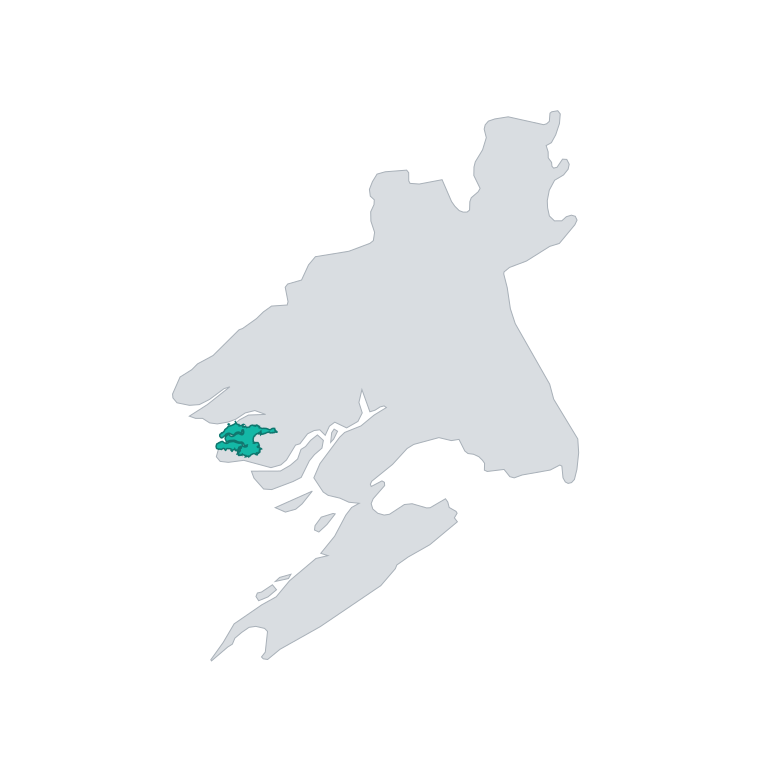 location of Barguna, Barisal, Bangladesh, rotated 62°
{"feature_id": "16705992B13795829103768", "entity_name": "Barguna", "entity_type": "district", "adm_level": 2, "iso_a3": "BGD", "parent_name": "Bangladesh", "parent_adm1": "Barisal", "projection": "natural_earth1", "projection_center": [90.164, 22.173], "detail": "fine", "context": "in_parent", "style": "filled", "palette": "teal", "viewbox_px": 768, "rotation_deg": 62, "n_neighbors": 0, "source": "geoboundaries", "source_scale": "gbopen_adm2", "svg_char_len": 9540}
<svg xmlns="http://www.w3.org/2000/svg" viewBox="0 0 768 768"><g transform="rotate(62 384 384)"><path d="M278.7,539.2L278.6,521.5L268.1,486.6L268.6,482.8L266.4,465.9L263.7,456.6L262.4,446.7L268.8,432.4L266.3,430.1L252.2,425.8L250.5,422.1L253.5,408.0L243.4,394.7L239.4,384.8L250.3,352.7L253.2,330.4L252.4,326.1L245.7,321.1L234.0,319.1L225.7,314.9L220.9,308.6L216.8,306.1L211.7,307.9L205.3,305.5L199.9,299.2L195.4,291.6L197.2,283.3L205.8,263.6L209.0,263.0L216.3,266.8L219.1,266.8L224.0,259.0L230.9,236.8L254.6,238.7L260.3,238.0L266.2,236.2L269.4,233.4L271.2,229.9L270.6,226.8L263.3,222.6L260.5,219.5L258.5,210.6L256.4,207.3L242.1,206.8L234.7,202.7L230.7,199.1L223.5,187.0L214.5,178.0L206.0,175.9L202.7,173.0L200.9,168.4L202.0,161.7L206.4,148.9L230.0,121.3L230.6,118.2L229.7,114.7L222.8,110.3L222.4,108.1L224.3,102.3L228.3,101.6L236.4,106.8L244.6,115.4L249.5,122.9L249.6,128.9L256.1,130.1L261.4,132.8L267.0,132.0L270.6,133.5L273.0,132.9L273.9,129.5L269.3,120.8L271.5,117.2L276.9,117.3L280.8,120.6L283.7,127.3L284.2,137.7L290.5,147.1L298.8,153.8L305.4,156.9L313.3,159.1L320.0,156.9L323.4,150.4L321.9,144.5L322.9,139.3L325.7,136.4L329.9,136.6L333.0,140.7L342.2,163.2L340.3,173.1L342.3,200.5L340.0,218.5L341.4,225.4L343.0,226.6L356.9,230.0L376.9,237.1L392.3,239.8L461.9,237.8L477.1,241.3L523.5,238.7L536.1,244.4L549.9,253.7L557.7,260.7L559.1,264.7L558.2,268.1L555.6,269.9L550.9,270.0L540.0,265.5L538.1,266.8L538.0,277.6L529.2,304.7L528.0,313.1L524.9,316.4L515.8,318.1L509.7,333.9L507.2,335.8L501.2,332.4L497.4,332.9L492.7,334.4L488.0,338.0L484.8,342.5L481.1,344.1L468.1,343.8L465.6,351.1L457.1,360.7L451.3,386.1L451.8,393.9L459.0,414.2L464.1,440.5L466.1,443.1L468.5,443.4L468.6,431.3L471.0,429.8L474.0,431.1L480.2,447.4L483.6,451.5L489.1,452.6L495.2,450.2L499.8,445.4L501.6,440.3L500.0,422.6L502.9,415.4L513.4,404.6L514.9,401.4L514.2,383.6L518.2,383.1L523.6,384.4L530.3,380.2L532.4,380.1L535.2,384.7L540.1,383.9L547.4,419.0L548.1,443.8L549.8,457.6L552.4,460.7L560.5,481.4L568.3,554.2L569.4,600.3L572.6,616.1L570.0,619.6L567.5,620.3L565.0,614.7L547.8,603.0L543.7,604.2L537.8,611.0L535.5,617.4L536.5,626.2L538.4,635.0L542.5,640.0L542.9,645.5L547.5,666.3L546.2,666.4L536.8,647.5L525.4,628.9L521.6,595.6L521.3,579.1L513.4,559.8L506.1,526.0L509.2,514.1L503.8,519.3L495.2,499.0L481.8,479.2L477.8,470.5L477.7,461.9L471.9,470.5L464.1,476.5L456.1,485.6L450.8,488.4L433.9,490.0L424.2,477.9L410.2,448.2L408.3,441.5L410.2,424.0L406.8,407.4L405.9,392.9L403.4,394.2L402.4,398.2L402.9,404.3L401.9,409.5L378.5,406.1L388.5,414.8L399.3,416.8L404.8,424.6L405.2,437.6L394.6,445.4L395.6,452.0L401.7,460.0L394.3,462.2L392.3,467.4L392.1,474.9L397.3,486.3L396.4,490.8L405.3,505.8L407.0,513.0L404.8,523.1L385.6,543.6L380.1,558.2L375.4,565.0L369.5,566.2L362.3,559.3L362.2,552.2L363.7,546.6L373.6,533.0L368.2,534.9L352.7,546.1L349.7,537.0L347.8,528.5L347.8,518.2L355.3,502.8L346.8,510.5L344.4,520.1L345.5,531.4L344.4,539.5L341.0,549.9L336.5,556.2L329.2,560.3L325.9,566.5L321.0,571.0L319.3,549.9L314.1,521.4L313.0,527.5L315.7,545.2L315.5,556.7L311.5,565.8L303.4,575.6L297.2,576.9L293.6,575.4L282.1,560.8L281.1,546.9L278.7,539.2ZM420.2,539.6L406.0,543.0L398.7,542.0L412.2,516.4L411.8,504.9L409.7,495.5L402.8,488.0L402.4,482.6L399.3,475.3L397.7,466.7L405.3,464.0L411.5,468.9L413.7,478.6L416.8,486.0L427.6,501.0L427.4,510.2L424.5,532.7L420.2,539.6ZM450.8,531.2L442.1,538.1L444.9,497.6L451.4,512.6L453.1,520.7L450.8,531.2ZM484.1,511.0L480.3,513.9L476.7,511.4L472.1,501.9L474.4,489.8L475.8,488.1L481.3,500.4L484.1,511.0ZM516.5,596.4L511.5,596.8L509.1,593.9L510.2,589.9L508.9,576.8L515.2,575.5L517.5,586.4L516.5,596.4ZM510.9,559.7L507.3,572.7L505.8,566.9L508.3,555.5L510.9,559.7ZM409.0,454.3L410.5,458.5L402.5,453.1L400.4,449.2L403.9,447.2L409.0,454.3Z" fill="#d9dde1" stroke="#a8b0b8" stroke-width="1"/><path d="M375.3,504.1L375.4,503.6L375.2,502.8L376.2,501.4L376.3,501.2L376.2,501.0L375.9,500.9L375.2,501.1L374.5,501.7L374.2,501.7L373.9,502.0L373.5,501.8L373.2,501.9L373.0,501.6L372.4,501.6L371.9,501.4L371.2,502.5L370.8,503.7L371.0,505.5L370.9,506.2L370.2,507.0L369.4,507.6L369.1,507.7L369.0,508.0L368.0,508.8L366.5,511.3L366.0,512.7L364.8,513.6L364.1,514.7L363.6,514.6L363.0,513.9L362.2,514.9L362.0,515.0L361.7,514.8L361.0,515.3L360.5,515.5L360.5,515.9L360.9,516.6L360.8,517.6L360.5,517.6L360.1,517.3L359.9,517.3L359.7,518.6L359.2,518.7L359.0,519.2L358.4,519.7L358.4,520.2L358.1,521.4L358.5,522.4L358.9,523.0L358.2,524.7L358.0,525.8L357.4,526.0L356.3,526.0L356.3,526.9L356.5,527.5L356.4,527.6L356.0,527.6L355.8,527.9L355.8,528.8L355.7,528.9L355.4,528.7L355.1,528.2L354.7,528.5L354.4,528.4L353.9,527.7L353.9,526.8L353.6,527.1L353.5,528.0L353.6,528.5L353.9,529.6L353.4,530.3L353.1,530.5L353.0,531.6L352.8,531.6L351.7,531.1L351.1,532.1L350.8,532.5L350.1,532.7L348.9,532.8L348.8,533.0L349.2,534.3L349.2,535.0L349.1,537.8L348.9,539.0L348.3,541.3L349.1,543.2L349.5,545.5L349.6,545.8L349.7,546.1L350.6,547.2L350.8,547.7L350.9,547.8L351.0,548.3L351.2,549.6L351.3,549.9L351.2,550.3L350.9,550.5L351.2,550.9L351.2,551.0L351.4,551.6L351.4,552.4L351.7,552.8L352.1,553.1L353.0,553.5L354.4,553.3L354.8,553.0L354.9,552.9L355.0,553.0L355.4,552.6L355.0,551.9L355.3,552.1L355.5,551.7L354.7,548.2L354.3,547.4L354.1,546.9L354.2,545.4L354.5,544.3L355.1,543.4L357.1,542.0L357.9,541.1L358.3,540.4L358.2,539.7L357.6,538.3L357.5,537.0L357.8,535.8L358.2,534.9L359.0,534.0L359.6,533.6L361.4,532.6L361.1,532.3L359.1,531.9L358.4,531.4L358.1,531.0L358.1,530.0L358.6,529.8L359.0,530.1L358.4,530.0L358.3,530.6L359.1,531.0L359.3,531.0L359.4,530.8L359.7,530.7L360.0,530.8L359.1,530.2L359.4,530.1L359.7,530.0L360.9,530.6L361.6,531.1L361.9,531.6L362.2,532.2L362.3,532.7L362.0,533.5L361.8,533.8L359.5,535.6L359.3,535.8L359.1,536.8L358.9,538.4L359.3,540.1L359.4,541.4L359.2,542.4L358.8,543.2L358.5,543.6L357.8,544.2L356.9,544.5L356.7,544.4L356.6,544.5L355.9,544.6L355.5,544.8L355.4,544.9L355.4,545.2L355.5,546.1L356.1,548.3L357.2,549.6L357.4,549.6L357.9,550.0L358.9,550.0L360.7,550.2L361.1,550.4L361.4,547.9L361.4,547.3L361.8,546.0L363.1,543.2L363.5,542.5L364.7,541.3L365.6,540.8L366.9,539.6L367.7,538.5L368.3,537.1L368.9,536.5L369.4,536.2L370.9,535.9L371.9,536.1L373.1,536.2L373.7,533.4L374.4,534.0L374.5,534.1L374.8,534.2L374.9,534.5L374.7,535.5L374.2,536.6L373.7,537.1L372.7,537.8L372.1,538.0L371.3,537.9L369.9,537.1L369.5,537.1L368.8,538.7L368.0,540.1L366.0,542.2L364.4,543.5L363.9,544.3L363.1,546.4L362.6,547.9L362.6,548.8L362.8,549.3L362.8,549.9L362.6,550.8L362.3,551.3L360.9,552.7L360.2,553.0L359.1,553.4L358.8,553.7L358.6,554.3L358.4,555.6L358.4,556.4L358.8,556.1L358.9,555.8L358.7,556.6L358.3,557.4L358.5,558.2L358.4,558.9L358.4,559.7L359.0,560.4L360.2,561.5L360.8,561.7L361.9,562.0L362.4,561.9L362.7,561.8L363.1,561.3L363.9,560.7L364.4,559.5L365.5,558.3L365.3,556.7L365.6,555.8L366.0,555.4L366.4,555.2L367.4,555.3L368.2,555.0L368.1,554.6L367.5,553.8L367.3,552.9L367.6,552.3L368.3,551.3L368.6,550.6L369.1,550.0L369.6,549.6L369.8,549.5L370.0,549.6L370.6,550.2L372.1,549.8L372.1,549.6L371.7,548.9L371.1,548.2L371.6,547.1L371.5,546.8L371.1,546.2L372.7,546.3L373.1,546.2L373.0,545.8L372.9,545.5L373.2,545.4L373.5,545.5L373.7,545.3L373.4,544.3L373.8,543.5L373.6,543.3L372.9,543.1L373.0,542.4L372.9,542.2L372.5,542.6L372.4,542.6L371.8,541.9L371.7,541.6L371.9,540.9L371.7,540.1L371.8,540.0L372.6,539.4L372.8,539.4L373.6,540.1L373.3,540.8L373.0,540.6L372.9,540.9L373.4,541.6L373.9,541.3L374.1,541.5L374.4,542.1L374.6,542.2L375.0,542.0L375.6,542.3L375.7,542.6L375.0,543.7L375.9,543.7L376.1,543.8L376.1,544.0L375.8,544.2L374.8,544.7L374.6,545.0L376.2,545.1L376.3,545.3L376.2,545.7L376.8,546.4L376.9,545.9L377.3,545.9L377.0,545.7L377.3,545.1L378.0,545.1L378.3,545.4L379.0,545.4L379.4,544.8L379.7,543.8L379.3,543.4L379.6,543.1L380.1,542.9L379.5,542.4L379.4,542.0L380.1,542.1L380.3,541.4L380.8,540.9L381.4,540.8L381.7,540.5L382.5,540.3L382.5,540.0L382.2,539.5L382.3,539.4L383.1,539.2L383.4,540.0L383.8,538.6L383.8,537.8L384.1,537.4L384.6,537.6L384.9,537.6L384.5,536.7L384.6,535.7L384.2,535.2L384.1,534.9L384.1,532.2L384.6,531.3L385.1,530.7L386.5,530.0L387.0,529.0L386.6,528.7L386.5,528.9L386.2,529.1L385.4,529.3L385.2,529.2L385.2,528.8L385.0,528.6L385.0,528.3L385.7,528.2L386.2,527.3L385.8,526.9L386.0,526.7L385.8,526.4L385.9,525.7L385.7,525.5L385.4,525.9L385.1,525.8L384.6,525.0L384.0,525.1L383.9,524.4L383.4,524.4L383.5,523.7L383.7,523.3L383.8,522.6L383.4,522.7L382.2,523.6L381.7,524.0L381.3,524.5L381.0,524.6L380.7,524.4L380.1,524.6L380.4,525.3L380.0,525.4L379.8,525.0L379.6,524.0L380.1,524.2L379.9,523.8L380.2,523.9L380.4,523.4L380.3,523.2L380.1,523.1L379.8,523.4L379.5,523.4L378.7,522.7L376.6,522.8L375.9,523.9L375.7,524.9L374.9,525.4L375.0,525.7L375.4,525.9L375.6,526.1L374.9,527.1L374.1,526.4L373.5,526.6L372.4,525.9L371.5,525.6L370.2,524.5L369.7,524.2L369.3,523.3L369.0,522.9L369.2,522.5L368.8,522.0L368.6,521.7L368.5,520.8L368.2,520.1L368.4,518.8L368.6,518.6L368.4,517.8L368.8,517.8L369.0,518.0L369.3,518.0L369.5,517.7L369.4,517.3L369.5,516.9L369.4,516.8L369.4,516.5L369.1,516.6L369.1,516.9L368.8,516.9L368.7,516.6L368.8,516.5L368.7,516.2L368.5,515.8L368.4,515.7L368.2,515.8L367.9,515.5L367.8,514.8L368.1,514.9L368.5,515.4L370.4,516.3L370.5,516.5L370.9,516.7L370.7,515.9L370.3,515.3L371.1,515.2L371.4,514.4L371.5,513.7L371.3,513.0L371.8,512.6L371.9,509.7L372.3,508.9L372.4,507.9L372.6,507.7L372.9,507.6L373.8,507.5L373.8,507.1L374.2,506.4L374.8,505.4L374.6,504.7L375.1,504.4L375.3,504.1ZM346.6,540.6L347.0,540.1L347.0,539.7L346.9,539.4L346.4,539.8L346.2,540.2L346.4,540.6L346.6,540.6ZM347.5,533.7L347.5,532.9L347.4,532.9L347.5,533.3L347.5,533.7Z" fill="#14b8a6" stroke="#0f766e" stroke-width="1.5"/></g></svg>